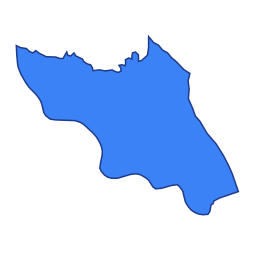 outline of Kangdong, P'yŏngyang, North Korea, rotated 173°
{"feature_id": "82179303B54519262383509", "entity_name": "Kangdong", "entity_type": "district", "adm_level": 2, "iso_a3": "PRK", "parent_name": "North Korea", "parent_adm1": "P'yŏngyang", "projection": "albers", "projection_center": [126.182, 39.082], "detail": "fine", "context": "isolated", "style": "filled", "palette": "blue", "viewbox_px": 256, "rotation_deg": 173, "n_neighbors": 0, "source": "geoboundaries", "source_scale": "gbopen_adm2", "svg_char_len": 1674}
<svg xmlns="http://www.w3.org/2000/svg" viewBox="0 0 256 256"><g transform="rotate(173 128 128)"><path d="M160.4,90.1L159.9,88.4L157.1,84.2L154.3,81.8L150.6,80.2L147.7,79.7L143.9,79.5L131.3,81.6L126.3,81.6L123.2,80.9L120.4,79.5L115.8,75.8L113.8,73.6L110.5,66.6L108.1,64.3L102.1,64.1L91.6,65.7L86.4,65.7L84.9,64.8L81.8,59.7L81.3,58.2L80.2,48.5L79.4,45.9L77.2,41.7L75.3,38.9L74.0,37.7L71.4,35.6L68.3,34.0L64.2,32.8L59.1,32.6L58.7,33.1L57.0,35.0L55.0,41.2L54.3,42.2L53.0,42.3L51.5,45.2L45.6,47.4L26.2,51.5L27.2,56.2L28.1,60.0L30.0,69.4L32.9,78.9L36.7,89.2L42.5,101.5L50.1,112.9L55.9,126.1L59.7,131.7L61.6,140.2L64.5,149.7L62.6,159.1L62.6,167.6L59.9,174.6L65.4,179.1L71.7,187.6L76.4,192.7L79.6,197.8L84.3,201.2L87.5,206.3L92.2,209.7L94.9,213.8L96.4,216.2L97.8,205.3L99.6,198.5L100.4,197.4L106.6,193.2L109.4,193.0L108.7,199.3L111.3,202.5L114.4,202.0L115.4,198.8L115.7,196.0L118.8,197.4L122.3,196.0L122.3,193.2L123.3,190.1L126.4,191.5L129.3,191.3L127.9,188.3L127.9,185.5L130.7,184.3L133.6,185.5L136.7,187.6L143.4,187.4L149.4,189.2L155.8,189.2L156.0,192.3L157.4,195.3L160.5,196.5L163.7,199.2L164.8,202.0L170.9,205.8L172.5,209.1L176.0,206.5L178.9,207.4L179.5,210.9L184.1,204.9L187.5,205.4L190.9,207.2L200.4,208.7L206.9,212.9L210.1,216.1L213.1,214.1L216.5,215.9L219.1,219.2L225.0,220.9L228.8,223.4L229.5,214.1L229.8,204.1L229.5,201.2L227.6,194.0L224.0,185.6L221.4,180.7L214.9,172.1L212.4,167.8L211.2,164.6L210.5,161.1L209.7,153.6L208.0,150.1L204.1,146.3L199.1,144.9L179.8,141.8L174.8,139.5L171.8,137.2L163.9,128.0L160.5,123.1L159.1,120.1L157.5,115.9L156.5,111.9L156.3,107.9L157.1,103.8L159.5,96.8L160.9,91.4L160.4,90.1Z" fill="#3b82f6" stroke="#1e3a8a" stroke-width="1.5"/></g></svg>